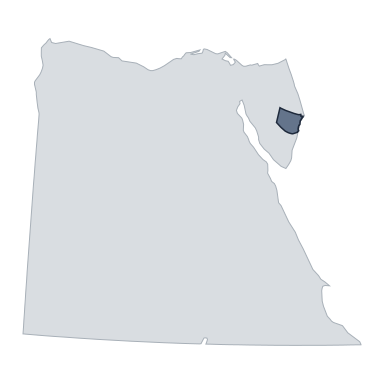 Nuweiba, Janub Sina', Egypt shown in context
{"feature_id": "37247803B27009685632556", "entity_name": "Nuweiba", "entity_type": "district", "adm_level": 2, "iso_a3": "EGY", "parent_name": "Egypt", "parent_adm1": "Janub Sina'", "projection": "orthographic", "projection_center": [34.683, 29.314], "detail": "fine", "context": "in_parent", "style": "filled", "palette": "slate", "viewbox_px": 384, "rotation_deg": 0, "n_neighbors": 0, "source": "geoboundaries", "source_scale": "gbopen_adm2", "svg_char_len": 4352}
<svg xmlns="http://www.w3.org/2000/svg" viewBox="0 0 384 384"><path d="M361.0,344.8L351.6,344.9L342.2,345.1L332.9,345.2L323.5,345.3L314.2,345.3L304.8,345.3L295.4,345.4L286.1,345.3L276.7,345.3L267.4,345.2L258.0,345.1L248.7,345.0L239.3,344.8L229.9,344.7L220.6,344.5L211.2,344.2L205.9,344.1L206.9,341.4L207.5,339.5L206.9,338.1L205.1,337.8L203.9,338.1L201.0,343.7L199.5,343.9L196.2,343.8L185.3,343.5L174.4,343.1L163.6,342.7L152.7,342.2L141.9,341.7L131.0,341.2L120.2,340.6L109.3,340.0L98.5,339.4L87.7,338.7L76.9,338.0L66.1,337.2L55.3,336.5L44.6,335.7L33.8,334.8L23.0,333.9L23.5,327.1L23.9,320.2L24.4,313.4L24.8,306.6L25.3,299.7L25.7,292.9L26.2,286.0L26.7,279.1L27.1,272.3L27.6,265.4L28.1,258.6L28.6,251.7L29.1,244.8L29.6,238.0L30.1,231.1L30.6,224.2L31.1,217.3L31.6,210.5L32.1,203.6L32.6,196.7L33.1,189.8L33.6,182.9L34.2,176.1L34.7,169.2L35.2,162.3L35.8,155.4L36.3,148.5L36.9,141.6L37.4,134.7L38.0,127.9L38.6,121.0L39.1,114.1L39.0,112.8L37.9,108.0L37.1,101.9L36.3,94.5L36.3,92.1L34.5,84.4L34.5,82.2L35.2,80.8L39.7,74.8L41.2,71.8L42.5,68.2L43.1,65.2L42.3,60.5L41.3,56.2L41.3,52.0L41.4,47.8L43.7,45.1L46.3,42.7L47.4,41.1L48.9,39.4L50.0,38.6L51.6,42.5L55.6,43.5L69.1,41.2L83.5,45.6L91.5,47.5L103.8,51.1L111.1,56.7L113.1,57.4L118.6,57.7L122.0,60.9L136.3,63.1L143.7,66.8L148.0,69.7L150.5,70.6L152.8,70.6L156.0,69.7L160.0,68.1L164.4,65.7L173.6,59.4L176.8,58.4L178.8,58.7L181.3,58.8L182.4,57.0L183.8,55.8L184.7,54.4L186.1,52.8L190.7,52.5L200.0,49.9L199.0,51.3L190.4,54.2L194.0,54.7L197.8,53.7L202.0,53.2L202.8,51.8L203.4,49.3L204.3,48.9L207.1,49.5L215.7,53.7L217.8,53.9L224.0,51.8L225.3,51.4L227.2,52.7L231.6,57.7L230.1,57.6L225.3,53.2L224.9,55.3L222.0,59.0L225.4,60.7L228.2,61.3L229.6,63.5L230.5,65.3L233.3,64.6L235.4,62.1L234.4,60.7L233.7,59.2L234.6,59.2L236.5,60.4L241.9,65.3L243.7,66.3L245.9,66.2L250.4,64.9L251.6,65.2L257.7,63.5L258.3,64.8L259.3,66.1L264.2,64.7L271.8,64.8L278.0,63.3L285.2,59.6L285.8,59.0L286.2,59.9L287.0,62.5L289.2,69.1L291.1,74.2L293.4,81.3L294.2,84.1L294.5,86.0L297.9,93.8L299.9,100.2L301.4,105.5L303.5,113.1L304.5,115.8L303.0,117.2L300.0,122.1L296.8,137.9L292.1,150.2L291.6,157.9L290.8,160.7L288.6,164.6L285.9,168.5L281.2,166.4L273.5,159.7L269.0,153.2L264.2,149.1L259.8,143.5L258.6,139.6L258.6,137.0L256.7,130.9L255.3,127.9L249.9,121.3L248.4,117.8L247.2,116.2L246.0,114.0L244.2,105.4L242.1,100.0L239.6,101.4L240.0,103.7L237.8,106.8L236.4,110.4L237.4,113.4L241.8,118.1L242.6,120.1L243.6,124.4L243.3,130.2L244.0,132.2L247.4,136.6L248.5,139.2L249.2,141.4L250.3,143.5L253.6,147.3L258.4,154.6L262.9,159.5L266.3,161.9L267.7,164.2L267.9,170.3L267.6,173.2L270.5,178.6L271.6,181.4L274.4,183.6L275.7,186.2L276.9,190.4L278.6,202.7L281.1,205.7L288.8,222.0L295.3,232.2L298.4,239.8L303.3,249.1L312.9,269.5L318.6,275.7L320.9,279.3L325.0,282.0L329.5,285.8L325.2,285.5L324.2,285.7L322.7,286.4L322.0,288.8L321.7,290.8L322.2,301.1L323.5,306.3L327.3,316.2L330.1,319.2L331.5,321.1L333.5,322.5L342.5,325.7L347.8,332.8L359.7,341.7L360.9,344.2L361.0,344.8Z" fill="#d9dde1" stroke="#a8b0b8" stroke-width="1"/><path d="M286.7,131.9L288.3,132.7L289.2,133.0L291.2,133.6L292.3,133.8L293.1,133.7L297.5,132.3L297.5,132.2L297.4,131.9L297.5,131.6L297.7,131.4L297.8,131.3L298.0,131.3L298.2,131.2L298.4,131.1L298.6,131.0L298.7,130.8L298.6,130.6L298.6,130.2L298.4,129.9L298.3,129.6L298.2,129.4L298.0,129.1L298.1,128.8L298.3,128.7L298.2,128.3L298.2,128.1L298.3,127.9L298.4,127.7L298.5,127.6L298.4,127.4L298.3,127.1L298.4,126.8L298.6,126.5L298.6,126.3L298.7,126.2L298.8,125.9L298.8,125.7L298.9,125.3L299.1,125.3L299.4,125.2L299.5,125.0L299.5,124.8L299.7,124.7L299.8,124.6L299.9,124.4L300.0,124.1L300.0,123.8L300.0,123.6L300.0,123.3L299.9,123.1L299.9,122.9L299.9,122.7L300.0,122.5L300.1,122.3L300.1,122.1L300.2,121.9L300.2,121.7L300.2,121.4L300.1,121.2L300.2,120.9L300.3,120.8L300.4,120.6L300.5,120.3L300.6,120.1L300.8,120.0L300.9,119.9L301.0,119.9L301.2,119.7L301.2,119.4L301.2,119.2L301.3,118.9L301.6,118.8L301.7,118.7L301.9,118.6L301.9,118.4L301.8,118.1L302.0,118.1L302.1,117.8L302.2,117.7L302.3,117.5L302.5,117.4L302.4,117.3L302.4,117.2L302.5,117.2L302.8,117.1L303.0,116.7L303.1,116.3L303.1,116.2L302.3,116.2L301.6,116.2L300.9,116.2L300.8,115.8L300.9,115.6L301.0,115.2L300.9,115.0L300.8,114.4L299.0,114.7L297.8,114.5L293.9,113.4L285.8,110.5L281.2,108.4L280.0,107.7L276.5,122.5L281.1,127.5L285.2,131.1L286.7,131.9Z" fill="#64748b" stroke="#1e293b" stroke-width="1.5"/></svg>